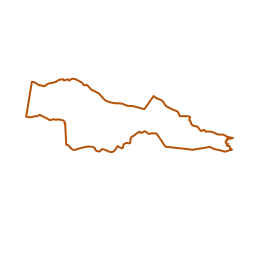 the district of Banse, Laborie, Saint Lucia, rotated 109°
{"feature_id": "8701671B18948997599977", "entity_name": "Banse", "entity_type": "district", "adm_level": 2, "iso_a3": "LCA", "parent_name": "Saint Lucia", "parent_adm1": "Laborie", "projection": "natural_earth1", "projection_center": [-60.992, 13.795], "detail": "fine", "context": "isolated", "style": "outline", "palette": "amber", "viewbox_px": 256, "rotation_deg": 109, "n_neighbors": 0, "source": "geoboundaries", "source_scale": "gbopen_adm2", "svg_char_len": 5659}
<svg xmlns="http://www.w3.org/2000/svg" viewBox="0 0 256 256"><g transform="rotate(109 128 128)"><path d="M89.6,114.2L104.7,118.6L104.9,119.6L105.1,121.2L105.2,122.4L105.2,123.8L105.3,124.9L105.4,126.0L105.6,128.1L105.7,129.6L105.7,130.9L106.1,132.2L106.6,133.6L107.1,135.3L107.2,136.5L107.1,136.9L107.1,138.6L106.9,140.9L107.2,143.2L108.3,146.6L108.8,148.2L109.0,149.4L109.2,150.5L109.3,151.7L109.5,152.9L109.5,156.7L109.4,157.5L108.9,159.1L108.6,159.9L107.8,161.6L107.5,161.9L107.2,162.5L106.5,163.6L105.6,165.3L105.1,166.2L104.9,167.0L104.7,167.8L104.6,168.9L104.4,169.7L104.0,172.0L104.0,172.9L103.9,174.1L103.7,174.8L103.4,175.8L102.2,177.8L101.9,178.3L101.3,179.5L100.9,180.6L100.7,181.2L101.3,182.2L101.8,182.8L101.8,183.8L101.5,184.3L101.0,185.0L100.3,185.9L100.0,186.6L99.9,187.1L99.7,188.5L99.5,189.5L99.4,190.3L99.3,191.4L99.2,192.3L99.0,193.8L99.1,195.0L99.5,196.4L99.7,197.0L100.2,197.6L100.8,198.1L101.6,198.5L101.9,198.6L102.1,198.9L102.3,199.2L102.3,199.4L102.2,199.6L101.8,200.2L101.7,200.4L101.6,200.7L102.0,201.6L102.6,202.2L103.4,203.1L103.5,203.3L103.8,203.8L103.9,204.0L103.5,204.5L103.2,204.8L103.1,205.4L103.5,206.2L104.1,207.5L104.7,208.4L105.1,209.0L105.7,209.5L107.2,210.7L107.8,211.3L108.8,212.6L109.0,213.0L109.8,213.9L110.0,214.3L110.5,215.4L111.5,217.0L112.3,217.9L112.9,218.5L113.4,218.9L114.0,219.5L114.7,219.8L115.2,220.0L115.6,220.5L115.6,221.0L115.9,222.6L116.3,225.5L116.4,226.7L116.3,227.1L115.6,229.1L115.4,230.7L115.3,231.6L115.3,232.1L115.4,232.7L115.4,233.0L115.7,233.7L115.8,233.9L150.3,228.0L150.3,227.4L150.1,225.6L150.0,224.8L149.7,224.2L149.5,223.6L148.8,222.4L148.5,221.8L148.4,221.6L147.5,220.3L147.3,220.0L147.0,219.3L146.9,219.1L146.8,218.4L146.7,218.0L146.2,217.4L145.9,217.0L145.0,216.3L144.7,216.2L144.4,215.8L144.3,215.5L144.3,215.1L144.4,214.7L144.5,214.2L144.6,213.8L144.8,212.3L144.9,211.2L145.1,209.9L145.2,209.0L145.3,208.0L145.5,206.9L145.8,205.9L145.9,205.3L145.9,204.3L145.8,203.9L145.3,203.1L144.6,202.4L144.3,201.9L143.9,201.0L143.7,199.5L143.5,198.6L142.9,197.5L142.6,196.9L142.3,194.9L142.1,193.9L142.0,192.0L142.3,190.9L142.5,190.5L142.8,190.0L143.3,189.7L144.1,189.4L144.3,189.3L144.9,189.0L145.0,188.7L144.9,188.6L163.8,181.0L163.7,180.7L163.8,179.4L163.8,178.8L164.1,178.4L164.3,178.0L164.5,177.6L164.7,177.2L164.9,176.9L165.3,176.1L165.6,175.5L165.8,175.1L165.9,174.9L166.1,174.4L166.2,174.1L166.4,172.6L166.3,172.0L166.1,171.6L165.9,171.2L165.6,170.6L165.3,170.0L164.2,168.8L164.0,168.4L163.6,168.0L163.4,167.6L163.1,167.2L161.3,164.7L161.2,164.4L161.0,164.0L160.6,163.2L159.9,162.2L159.6,161.6L159.3,161.0L158.5,159.5L158.5,159.4L158.4,159.2L158.0,158.0L157.8,157.4L157.6,156.4L157.4,155.9L157.4,155.2L157.4,154.7L157.6,153.6L157.9,152.8L158.1,152.5L158.4,152.3L159.1,151.9L159.2,151.7L159.6,151.1L159.7,150.9L159.8,150.8L159.9,149.8L159.8,149.3L159.7,149.0L159.6,148.0L159.5,147.6L159.5,147.3L159.2,146.9L158.9,146.7L158.1,146.5L157.8,146.4L157.4,146.2L156.9,145.9L156.6,145.6L156.2,145.1L156.1,143.7L156.1,143.2L156.1,142.9L156.2,142.1L156.3,139.9L156.4,139.1L156.4,138.9L156.5,137.8L156.4,137.0L156.4,136.7L156.2,136.0L155.8,135.0L155.7,134.9L155.5,134.7L155.3,134.5L154.2,133.6L153.9,133.4L152.9,133.1L151.6,132.7L150.8,132.4L150.0,132.3L149.6,132.2L149.0,132.1L148.9,132.1L148.7,131.8L148.6,131.1L149.0,129.7L149.0,129.2L149.0,128.7L149.1,128.4L149.2,127.6L149.0,126.8L148.1,126.4L147.8,126.5L147.6,126.5L147.0,126.6L146.3,126.7L145.9,126.8L145.7,126.8L145.2,126.7L144.5,126.4L144.4,126.3L143.9,125.9L143.5,125.7L143.3,125.5L142.7,124.7L142.5,124.0L142.4,123.3L142.2,122.2L142.1,121.9L142.0,121.7L141.9,121.6L141.5,121.2L140.6,121.2L140.4,121.2L139.0,121.7L138.2,121.9L137.3,122.0L137.2,122.0L135.6,121.8L135.3,121.6L135.0,121.4L133.5,120.1L133.3,119.9L132.9,119.7L131.0,118.5L130.7,118.2L130.1,117.8L129.5,117.3L128.7,116.7L127.9,116.1L127.9,115.8L128.1,114.9L128.2,113.9L128.1,113.4L127.5,113.0L126.8,112.5L126.7,112.3L126.4,111.9L126.0,111.5L125.9,111.3L125.7,110.6L125.7,109.7L125.9,109.1L126.3,108.4L126.5,108.0L126.8,106.9L126.6,106.0L126.2,105.3L126.1,105.2L125.3,103.7L124.8,102.3L124.6,101.8L124.4,101.2L124.3,100.6L124.3,100.0L124.1,99.5L124.0,99.1L133.5,86.5L130.4,72.9L129.1,67.2L127.6,59.9L122.4,50.3L121.5,48.7L119.1,44.2L119.4,43.4L119.5,42.5L119.7,41.0L119.7,38.2L119.7,37.9L119.6,37.1L119.5,36.6L119.1,33.0L119.0,32.0L118.9,31.1L118.9,30.3L118.9,29.5L118.9,29.1L118.3,27.8L117.7,26.9L116.5,25.5L115.8,24.5L115.2,23.4L114.9,22.5L114.9,22.1L114.7,22.7L114.3,23.5L114.2,24.0L114.5,24.5L114.2,24.8L113.5,25.2L113.0,25.4L112.3,25.8L112.1,26.6L112.4,27.7L112.5,28.5L111.7,29.1L111.1,28.6L110.6,28.4L110.5,28.8L110.5,29.8L110.1,30.8L108.6,31.3L107.9,31.0L107.4,30.3L106.8,30.3L106.1,30.5L105.8,30.7L105.5,30.2L105.1,28.7L104.9,28.0L104.0,26.3L103.8,26.1L103.5,25.9L103.5,26.6L103.5,27.5L103.8,28.4L103.9,29.9L104.0,31.0L103.8,31.9L103.6,33.3L103.4,34.5L103.3,35.6L103.4,36.9L104.3,38.6L104.7,40.0L104.7,41.6L104.6,43.1L104.4,44.9L104.4,46.6L104.4,48.3L104.8,49.7L105.3,50.9L105.6,51.9L106.0,52.4L106.1,53.1L105.9,53.7L105.3,54.6L105.1,54.9L105.1,55.9L105.6,56.4L106.4,56.9L106.7,57.2L106.9,57.6L107.0,57.9L106.7,58.7L106.0,60.0L105.2,61.0L104.4,62.4L104.1,63.6L104.2,63.9L104.5,65.5L104.6,66.1L104.5,67.6L104.0,68.9L103.5,69.5L102.4,70.3L101.4,71.0L100.8,72.2L100.7,72.5L100.3,72.8L99.8,72.7L98.4,72.7L98.1,72.7L97.4,72.9L97.2,74.3L97.7,76.2L98.7,79.3L99.2,80.6L99.8,82.3L99.8,82.9L99.1,83.6L97.5,85.1L96.5,86.3L96.1,87.4L96.1,89.9L95.9,91.9L95.8,93.5L95.5,95.5L95.3,96.5L95.2,97.8L95.0,98.8L94.9,99.2L94.5,99.9L93.4,101.3L91.8,103.3L90.9,105.0L90.8,106.1L90.7,107.7L90.7,109.3L90.5,110.6L90.2,111.9L89.6,114.2Z" fill="none" stroke="#b45309" stroke-width="2"/></g></svg>